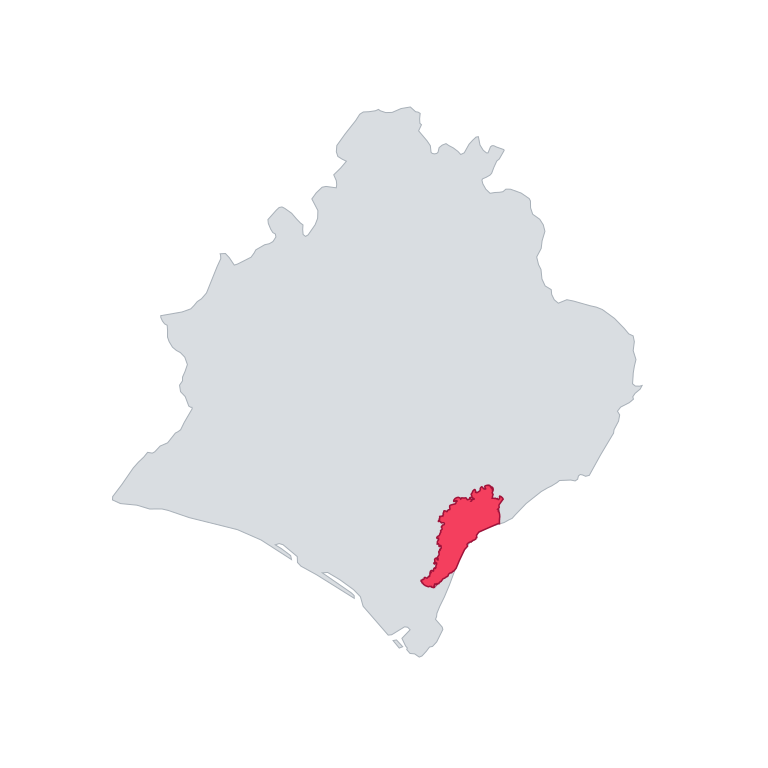 Indenie-Djuablin, Comoe, Ivory Coast (highlighted), rotated 38°
{"feature_id": "98640826B87987908031267", "entity_name": "Indenie-Djuablin", "entity_type": "district", "adm_level": 2, "iso_a3": "CIV", "parent_name": "Ivory Coast", "parent_adm1": "Comoe", "projection": "robinson", "projection_center": [-3.502, 6.624], "detail": "fine", "context": "in_parent", "style": "filled", "palette": "rose", "viewbox_px": 768, "rotation_deg": 38, "n_neighbors": 0, "source": "geoboundaries", "source_scale": "gbopen_adm2", "svg_char_len": 9641}
<svg xmlns="http://www.w3.org/2000/svg" viewBox="0 0 768 768"><g transform="rotate(38 384 384)"><path d="M210.6,171.0L212.8,171.0L218.2,169.1L223.2,165.0L227.9,156.4L234.2,149.5L241.3,150.0L243.4,148.8L245.9,148.5L248.8,153.1L251.8,156.5L253.9,156.6L255.4,163.2L268.3,165.9L273.8,167.7L278.5,172.5L280.1,172.6L282.1,171.6L283.6,169.9L283.9,168.1L281.9,163.8L282.8,159.9L284.9,156.4L288.2,156.2L293.2,155.3L299.0,155.2L303.2,155.9L304.9,152.4L303.4,142.7L303.8,137.3L304.5,132.8L306.1,131.0L312.5,136.6L318.3,138.7L322.5,138.8L323.7,137.8L321.9,131.6L322.4,129.7L323.9,128.6L326.7,128.0L334.1,125.5L334.9,126.0L336.3,135.7L335.6,138.9L337.2,145.6L339.1,151.7L338.9,154.2L337.3,158.1L335.4,161.6L335.6,163.0L338.6,165.4L344.3,167.8L350.2,168.4L353.5,164.8L356.9,161.9L359.3,159.3L360.1,155.4L363.8,152.6L374.5,149.1L384.3,148.5L386.7,149.6L391.1,155.0L396.7,158.7L405.3,158.3L411.5,160.5L416.8,164.6L420.4,173.8L424.4,180.4L426.1,189.9L432.3,194.8L437.2,197.1L443.8,204.0L450.6,207.5L457.7,206.7L461.0,210.2L466.3,212.8L471.6,213.0L476.2,205.0L482.4,201.9L497.9,195.6L504.0,192.7L510.2,190.9L525.2,190.4L539.1,192.3L546.0,193.8L550.7,192.7L555.2,196.5L559.8,204.3L563.6,206.9L567.5,209.6L570.3,215.8L573.7,222.0L575.6,224.7L579.7,230.8L583.3,230.9L586.8,228.3L588.3,226.3L589.0,230.3L587.6,236.8L587.9,240.9L589.9,242.4L588.8,247.6L584.7,256.5L584.7,261.7L588.8,263.3L591.7,268.9L593.4,278.4L595.2,281.5L595.4,283.5L598.3,306.5L602.0,329.6L599.7,332.6L596.5,333.4L594.4,334.5L593.8,336.7L595.2,339.8L594.3,342.7L590.3,344.7L581.7,352.0L581.1,354.9L578.8,361.2L576.9,365.0L574.1,372.0L569.6,390.7L568.0,406.2L567.7,411.0L566.0,414.3L564.0,419.1L554.6,432.4L549.8,443.3L550.5,448.0L550.7,452.7L549.3,456.1L549.5,465.3L550.7,473.0L552.4,480.5L559.2,501.8L562.7,514.7L564.9,525.2L566.9,532.2L568.7,535.0L569.4,537.7L579.5,539.7L581.5,541.2L584.3,554.8L583.8,560.9L581.8,563.3L581.9,568.5L581.4,574.9L579.9,577.5L574.3,577.8L570.4,580.3L565.4,579.3L564.9,577.7L562.2,577.1L554.7,573.4L555.9,561.6L552.4,561.1L549.7,562.7L544.4,576.9L541.9,579.3L504.4,572.0L496.3,566.1L486.6,564.8L469.6,565.4L455.6,567.2L451.6,570.8L486.9,568.7L490.7,569.1L492.5,571.2L447.8,575.9L430.8,578.7L425.7,577.9L421.9,573.4L403.4,572.8L399.6,574.3L397.3,577.7L404.6,576.9L416.1,576.7L419.2,579.3L383.2,582.6L358.2,589.0L347.6,593.7L312.8,609.2L291.5,616.6L285.9,619.2L276.3,626.8L263.9,631.6L249.9,640.5L241.4,642.5L239.5,639.7L239.3,624.6L238.1,604.4L238.6,596.7L239.7,589.4L239.8,583.4L244.0,581.1L245.1,578.6L245.8,570.7L249.7,563.6L249.8,551.1L251.0,548.5L251.9,545.2L250.2,537.1L248.1,521.6L247.0,520.6L246.1,521.3L243.8,521.6L235.1,516.3L228.4,515.3L223.6,510.8L223.3,505.6L221.0,502.6L219.5,496.6L217.1,489.7L210.5,485.5L204.2,484.6L199.8,485.4L194.6,485.2L188.6,482.9L184.5,480.3L180.6,475.2L177.0,471.2L174.1,471.7L170.6,470.8L167.2,469.0L166.0,467.6L180.5,451.6L185.5,443.7L186.0,439.0L186.1,434.1L187.7,429.2L188.1,421.6L180.2,394.2L178.2,385.7L176.0,383.2L174.7,382.3L178.7,378.8L184.3,379.7L192.8,382.5L194.7,379.7L201.2,365.9L201.0,360.8L200.4,357.2L204.2,347.8L207.2,344.1L208.8,340.1L208.3,334.7L206.1,332.7L203.1,333.1L199.5,331.8L194.0,328.7L191.3,325.9L192.1,313.4L192.7,309.5L194.6,307.3L197.6,306.7L206.1,306.3L212.9,307.7L219.0,308.6L222.2,308.5L224.8,312.3L228.2,316.0L231.3,316.0L232.4,313.2L231.7,300.9L229.7,294.3L225.1,288.0L213.2,282.6L212.9,275.1L214.1,267.0L216.7,264.0L225.6,258.8L224.0,256.0L221.2,253.1L215.6,250.1L216.9,240.3L217.2,231.6L212.5,232.6L207.6,233.1L203.5,230.4L200.0,225.1L199.4,210.6L199.5,193.8L198.8,186.4L200.2,182.4L204.4,178.8L209.0,174.0L210.6,171.0ZM560.5,579.5L558.6,582.7L549.1,580.6L551.4,578.0L560.5,579.5Z" fill="#d9dde1" stroke="#a8b0b8" stroke-width="1"/><path d="M530.2,399.0L529.6,398.9L529.5,399.2L529.0,399.3L528.6,399.8L528.3,399.6L527.3,400.7L526.6,401.7L526.4,402.1L526.5,402.7L526.8,403.1L527.4,403.3L527.9,403.8L528.6,403.9L528.7,404.1L528.5,404.4L528.0,404.8L527.4,405.1L526.0,405.0L525.1,404.7L524.3,404.8L524.1,405.2L524.0,406.1L524.1,406.9L524.3,407.3L524.9,407.9L525.3,409.1L524.4,411.9L524.1,412.5L522.9,413.0L522.7,412.9L522.6,412.2L521.6,411.7L520.8,411.2L520.4,411.3L520.1,411.9L519.9,413.6L520.5,415.8L520.5,417.2L521.0,417.6L521.5,417.7L523.1,419.1L523.6,419.1L524.4,419.5L524.7,419.3L524.8,419.0L525.6,418.9L525.9,419.2L525.9,419.5L525.3,419.9L524.7,421.0L525.0,422.4L524.8,422.6L524.8,422.1L524.3,421.4L523.9,421.2L523.3,421.1L522.8,420.8L522.2,420.2L521.8,420.2L521.6,420.9L522.0,421.5L522.2,422.1L521.9,422.4L521.5,423.3L521.1,423.8L520.7,423.9L519.3,423.3L518.7,423.3L518.2,423.6L517.4,424.5L515.4,425.8L515.3,426.0L515.4,427.0L515.3,427.4L514.6,427.0L514.2,427.0L512.4,427.5L511.5,428.4L510.6,430.1L510.5,430.7L510.5,432.4L510.6,432.8L511.0,433.4L511.3,433.6L511.6,433.5L512.0,432.8L512.2,432.1L512.8,431.3L513.2,431.1L513.7,431.3L513.7,431.5L513.4,432.0L513.3,432.4L513.6,432.9L514.1,434.0L513.8,434.9L513.6,435.1L513.2,435.3L513.1,435.6L511.6,437.6L510.9,438.7L510.8,439.3L510.8,439.6L511.6,440.7L512.7,441.6L513.1,442.5L512.5,443.1L512.1,443.9L512.0,444.6L512.3,445.5L512.2,445.9L511.2,446.0L509.8,446.6L509.4,447.0L509.4,447.3L510.1,448.5L510.1,449.4L510.4,449.7L511.1,450.2L511.3,450.5L511.1,450.7L511.7,452.0L511.0,452.2L510.5,453.3L509.7,453.6L509.4,454.1L509.6,454.4L510.1,454.8L510.4,455.1L510.5,455.4L510.4,455.7L510.6,456.2L511.2,456.5L511.3,457.0L511.0,457.7L511.3,458.7L511.5,458.8L511.8,458.3L512.1,458.2L512.3,457.7L512.8,457.9L513.7,457.7L514.2,458.1L514.8,458.1L515.1,457.9L515.4,457.3L516.3,456.6L517.0,456.5L517.6,456.8L517.9,457.4L517.9,458.1L517.8,458.3L517.1,458.9L517.0,459.3L517.0,459.8L517.3,460.1L517.1,460.5L517.1,461.2L517.5,461.6L518.2,461.7L519.2,462.6L519.2,462.8L518.9,464.2L519.0,465.0L519.4,465.1L520.0,465.7L520.0,466.7L520.4,467.6L520.3,467.9L520.5,468.2L520.8,469.4L520.8,469.6L520.5,470.1L520.3,470.7L520.0,471.3L520.2,472.7L520.5,472.9L521.2,473.0L521.5,472.8L521.9,472.0L522.6,472.7L522.9,473.1L523.0,474.8L523.1,475.3L523.3,475.8L524.0,476.4L524.2,477.0L524.4,477.4L524.7,477.3L524.9,476.6L525.3,476.4L526.2,476.8L526.8,477.5L527.4,478.1L527.9,477.9L528.0,477.6L527.9,477.3L527.6,477.0L527.7,476.6L528.2,476.3L528.7,476.5L530.1,478.0L529.9,478.3L530.1,479.0L529.7,480.0L530.0,480.4L530.5,480.2L530.6,480.5L530.5,481.1L530.3,481.5L530.3,482.2L530.9,482.7L530.8,482.9L532.2,484.1L532.5,484.6L532.6,485.3L532.6,485.8L532.7,486.1L532.8,487.5L533.5,488.1L534.4,488.5L534.6,489.1L534.5,489.3L534.4,489.4L534.5,489.5L534.0,489.6L533.6,489.4L533.0,488.8L532.3,488.9L531.8,489.9L531.8,490.5L531.9,491.1L533.5,492.8L533.6,493.6L533.5,494.2L533.6,494.6L534.5,494.8L534.9,494.6L534.9,494.1L534.3,493.5L534.3,493.1L534.4,492.9L535.2,492.7L535.8,492.7L536.5,493.8L536.7,494.5L536.8,495.2L537.1,495.8L537.8,496.5L538.0,496.9L537.9,497.3L538.0,497.8L537.9,497.9L537.3,497.7L537.1,497.7L536.9,498.4L537.1,499.5L537.9,500.5L538.1,500.7L538.1,501.0L537.8,501.3L536.7,501.4L536.2,501.7L535.9,502.5L535.9,503.1L536.2,503.7L536.8,503.3L537.1,503.4L537.2,503.5L537.2,504.0L536.6,504.5L536.6,504.8L537.4,505.5L537.7,506.1L537.7,506.7L538.3,507.3L538.3,507.7L538.2,507.9L537.8,508.0L537.6,508.2L537.5,508.4L537.7,509.2L537.5,510.3L537.4,510.6L536.4,510.9L535.9,510.9L535.0,511.6L535.0,511.9L535.3,512.2L535.5,513.0L535.4,513.8L534.7,514.2L534.7,514.8L534.4,515.4L534.1,515.7L534.1,515.8L534.2,516.0L534.5,516.5L534.9,516.3L535.1,516.3L535.4,516.6L536.3,517.2L536.7,517.3L536.9,517.1L537.1,517.0L538.5,517.6L539.9,517.4L540.5,517.5L543.8,516.5L544.5,515.4L545.2,515.1L545.7,514.4L546.1,514.4L546.5,514.8L546.9,514.7L547.4,514.4L547.7,514.3L547.8,514.0L548.1,514.1L548.5,513.9L548.6,513.5L549.0,513.2L548.6,512.8L548.5,512.5L548.3,512.4L548.4,512.2L548.1,512.4L547.9,512.3L547.8,512.0L547.7,512.1L547.6,511.9L547.9,511.6L548.1,511.6L547.6,511.4L547.6,511.1L547.3,510.9L547.3,510.6L547.1,510.4L547.2,510.2L547.4,510.2L547.7,509.9L548.3,509.8L548.3,509.4L548.8,509.6L548.8,509.2L549.2,508.2L549.5,508.2L549.6,508.3L549.8,507.4L550.1,507.3L549.9,506.5L550.0,506.1L549.9,505.6L550.3,505.2L550.3,504.8L550.6,504.3L550.4,503.9L550.5,503.6L550.4,503.3L550.5,502.8L550.5,502.0L550.4,501.8L550.4,501.2L550.7,500.6L550.9,500.3L551.4,499.6L551.5,498.8L551.6,498.6L551.7,498.1L551.9,497.8L551.9,497.3L552.3,497.0L552.6,496.3L552.4,495.2L552.1,494.7L552.0,494.1L552.2,492.8L552.6,492.0L553.0,491.7L553.6,490.8L553.5,490.5L553.5,489.4L554.1,488.7L554.3,484.9L552.0,476.5L549.4,464.8L549.7,461.0L549.7,460.3L548.3,459.5L548.1,459.1L548.2,457.8L548.7,456.2L549.3,455.3L550.0,454.8L549.9,454.1L550.3,453.4L550.4,452.3L551.0,451.7L551.8,449.7L551.3,448.5L551.7,447.9L550.0,446.2L549.9,442.2L559.9,423.7L561.0,423.0L558.5,419.9L558.3,419.3L557.7,418.7L557.1,417.5L555.5,415.7L553.4,413.9L552.7,414.1L552.1,413.5L552.3,413.0L552.1,412.6L551.3,412.5L550.7,412.7L550.9,411.0L550.8,410.4L550.5,410.0L549.6,409.3L549.3,408.8L549.0,408.0L548.8,402.6L548.7,402.4L548.9,401.6L548.5,401.2L548.1,401.0L547.4,400.8L546.3,400.7L545.2,400.7L544.2,401.1L544.3,401.6L545.1,402.3L545.3,402.8L545.5,403.3L545.4,403.8L545.3,404.2L545.4,404.5L545.1,404.7L544.9,404.6L544.0,404.8L543.8,404.6L543.3,405.3L542.7,405.3L542.0,405.5L541.8,406.0L541.2,406.2L539.6,407.4L539.4,406.9L538.8,406.0L537.9,403.8L537.0,403.6L536.8,403.3L536.4,403.2L536.0,402.8L535.8,401.8L535.7,401.3L535.4,400.9L535.1,400.9L535.3,400.2L534.9,399.9L534.5,400.3L534.2,400.2L534.2,399.8L534.3,399.5L534.2,399.1L533.8,399.0L533.7,399.0L534.0,399.6L533.9,399.7L533.6,399.9L533.4,399.8L533.3,399.0L533.1,399.1L533.1,399.8L532.9,399.7L532.7,399.3L532.6,398.8L532.4,398.7L532.2,399.0L532.2,399.4L532.4,399.7L532.3,399.8L531.6,399.4L531.2,399.4L531.1,399.0L530.9,398.9L530.2,399.0Z" fill="#f43f5e" stroke="#9f1239" stroke-width="1.5"/></g></svg>